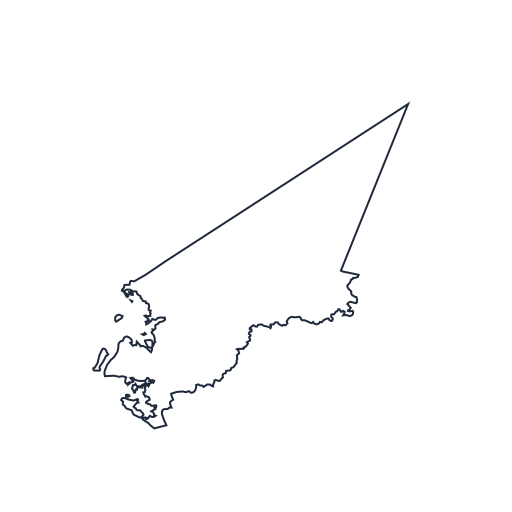 outline of Lunga Lunga, Coast, Kenya, rotated 112°
{"feature_id": "3690345B53478860661951", "entity_name": "Lunga Lunga", "entity_type": "district", "adm_level": 2, "iso_a3": "KEN", "parent_name": "Kenya", "parent_adm1": "Coast", "projection": "albers", "projection_center": [39.245, -4.434], "detail": "fine", "context": "isolated", "style": "outline", "palette": "slate", "viewbox_px": 512, "rotation_deg": 112, "n_neighbors": 0, "source": "geoboundaries", "source_scale": "gbopen_adm2", "svg_char_len": 6178}
<svg xmlns="http://www.w3.org/2000/svg" viewBox="0 0 512 512"><g transform="rotate(112 256 256)"><path d="M58.1,171.9L293.6,337.1L314.6,351.2L325.1,359.4L326.0,362.7L327.1,363.1L330.0,362.5L332.1,367.1L334.8,366.6L337.3,367.5L338.5,367.3L338.7,365.2L337.9,366.0L337.2,364.8L335.6,363.3L334.4,360.4L334.9,356.4L334.0,354.8L333.8,353.5L335.8,351.8L336.6,347.9L338.1,347.2L338.4,346.1L340.1,343.8L339.4,341.3L340.9,340.4L340.5,338.5L341.0,337.3L343.4,335.9L344.9,336.0L346.4,335.0L346.1,333.2L348.0,333.1L348.9,332.0L350.2,332.2L351.1,331.6L352.8,334.6L352.3,335.7L353.2,336.8L353.8,335.3L353.6,333.7L354.8,333.2L354.8,331.9L355.9,331.2L358.4,333.7L359.1,332.6L360.5,332.2L359.7,331.3L355.5,328.9L353.2,328.6L353.1,325.7L352.0,324.5L350.2,323.9L348.4,320.8L348.0,318.3L347.3,317.7L348.2,316.8L349.2,316.5L350.6,317.2L351.7,318.1L353.3,320.5L356.2,321.8L357.5,323.3L358.9,323.2L360.7,322.1L362.6,322.7L362.8,324.5L364.4,323.6L365.8,324.3L366.8,323.2L367.5,321.4L370.0,319.2L372.1,318.5L373.4,317.2L374.7,317.8L377.3,317.7L378.9,318.1L382.7,317.2L384.6,317.4L382.0,323.7L381.7,326.6L382.0,328.1L383.0,329.3L382.0,330.2L380.1,334.5L383.5,333.5L384.0,335.2L385.4,336.4L383.6,340.0L382.7,338.7L380.8,339.5L379.7,341.1L379.0,343.3L379.0,345.8L381.0,347.7L384.4,347.7L385.8,349.5L387.7,350.4L389.7,350.4L392.6,349.3L396.7,348.6L402.4,349.6L407.3,351.9L413.0,353.3L419.3,353.2L421.6,352.6L424.0,351.0L420.2,342.9L419.3,337.7L417.6,335.0L417.1,332.2L417.3,330.8L419.8,330.8L422.2,329.9L423.0,328.1L421.1,326.5L422.8,326.2L420.5,325.0L418.4,322.7L416.2,326.7L415.2,325.3L415.2,323.5L416.2,322.9L415.8,318.3L414.9,315.5L414.0,314.0L413.9,312.7L411.6,311.4L410.1,311.4L409.5,310.6L410.7,307.7L412.0,308.1L411.7,306.6L409.8,305.8L409.9,303.6L412.0,303.7L412.0,305.0L413.9,306.6L417.1,306.9L416.4,307.8L415.3,308.2L417.3,309.8L418.4,309.4L419.7,310.0L421.5,308.4L423.9,308.1L424.7,309.4L426.2,308.3L426.9,306.8L427.8,306.1L427.1,305.2L427.2,302.1L429.1,300.7L432.3,303.2L433.3,303.0L433.6,300.2L433.2,298.5L434.0,297.4L433.8,296.1L431.9,293.0L432.3,292.2L433.6,292.0L433.6,293.4L434.7,293.5L435.6,292.0L439.2,294.9L439.6,292.7L440.4,291.5L441.7,291.0L441.7,289.2L443.5,290.5L444.2,292.1L444.0,294.6L447.4,295.5L448.3,296.9L447.1,297.1L447.2,298.3L448.0,299.2L448.2,300.6L449.8,300.1L450.1,299.2L451.3,293.2L452.9,289.5L453.9,285.7L446.5,275.7L442.6,279.8L437.8,284.0L435.0,285.0L433.8,284.8L432.5,284.0L431.0,280.6L429.0,279.6L428.2,277.6L425.2,280.4L424.0,280.8L423.2,280.8L420.2,279.0L417.9,281.4L415.5,283.1L411.8,278.6L409.1,273.4L408.4,269.6L406.5,267.8L407.1,265.0L406.7,264.0L405.1,262.6L402.8,262.0L399.2,262.5L398.2,263.2L397.8,263.0L396.6,261.3L397.0,259.3L396.2,257.1L397.0,255.5L393.4,253.1L392.4,250.3L393.1,248.3L392.9,246.9L390.9,247.7L389.0,247.3L387.0,247.9L386.0,246.9L385.7,243.2L384.7,242.5L382.4,242.0L381.7,241.3L380.8,241.3L378.8,242.4L377.7,242.2L375.8,240.2L373.8,240.7L371.4,236.8L369.3,237.1L367.4,235.2L362.2,233.8L361.2,234.6L358.8,234.8L355.1,236.5L352.5,235.2L350.1,237.0L349.6,238.8L349.0,238.3L347.8,235.1L346.9,233.9L346.9,232.8L346.1,232.6L345.2,233.0L343.6,231.4L340.6,230.7L340.2,230.7L339.3,232.2L336.9,230.0L336.0,229.9L333.8,232.0L332.0,231.2L331.5,231.4L330.8,233.5L330.2,233.6L328.5,233.4L327.6,231.9L326.1,232.5L325.7,233.0L326.1,234.4L325.4,234.8L321.5,232.9L321.1,232.0L321.6,230.6L321.2,228.9L321.0,228.5L319.1,228.3L317.3,225.3L317.8,222.6L317.0,217.6L317.5,215.5L315.7,215.6L314.5,217.0L314.0,216.8L312.8,214.1L310.6,213.5L309.9,212.4L309.5,210.9L310.7,208.9L310.9,205.5L310.0,205.1L309.4,204.3L309.3,202.8L306.6,201.6L305.0,203.1L301.5,202.3L299.6,200.8L298.9,199.7L298.3,196.9L296.1,193.0L296.6,191.3L297.5,190.9L298.3,189.2L297.3,186.5L297.5,179.5L296.9,178.7L295.8,178.3L296.8,176.7L296.8,174.3L294.8,172.3L293.2,172.0L292.8,170.2L289.9,169.1L287.2,166.4L286.7,165.1L288.0,163.8L288.1,162.0L287.7,161.3L285.8,161.1L285.1,161.6L284.1,163.6L282.4,164.2L281.9,164.1L280.6,161.7L277.6,161.0L276.7,160.0L274.5,159.7L274.2,159.2L274.4,158.2L275.9,156.5L275.2,155.1L274.4,155.1L274.4,153.1L275.8,152.6L278.4,153.0L277.1,150.8L276.5,146.3L274.6,144.6L272.8,144.5L271.4,145.0L270.7,146.0L272.3,148.3L272.5,150.1L271.6,150.2L270.8,149.3L268.5,148.8L266.3,153.3L264.5,152.7L263.2,151.5L262.3,145.7L261.1,145.1L260.3,145.6L259.4,145.6L258.2,146.1L256.5,147.6L256.9,149.1L256.3,150.6L256.5,151.9L255.1,153.7L253.2,154.4L251.7,158.0L250.3,159.8L249.2,160.3L245.6,158.9L242.1,159.0L242.0,158.5L240.7,157.6L239.9,157.7L239.1,155.8L237.2,153.7L235.0,153.8L237.8,169.2L237.8,171.8L58.1,171.9ZM445.6,313.5L447.4,311.9L448.9,309.9L449.3,302.8L448.5,302.0L445.4,300.8L444.3,301.8L442.5,305.8L443.5,308.1L443.3,309.2L442.2,310.5L442.2,312.0L441.6,313.0L437.1,311.7L435.9,310.1L434.6,312.2L433.6,311.4L433.0,312.3L435.9,315.3L436.9,321.0L436.8,324.3L437.7,326.5L438.8,327.1L440.1,327.0L440.9,324.7L443.6,323.9L444.2,321.6L445.5,319.9L445.9,318.6L445.6,313.5ZM404.6,357.6L403.8,356.6L402.5,356.2L401.4,358.0L399.3,360.0L398.8,361.6L399.1,363.1L400.4,363.6L406.6,364.0L414.7,362.8L419.9,363.7L420.9,364.8L422.0,364.5L422.8,363.3L420.9,358.1L419.5,358.0L418.3,359.2L416.8,359.4L410.9,358.1L404.6,357.6ZM376.9,326.8L380.8,322.1L380.5,318.9L378.9,318.1L374.7,319.7L373.7,320.7L373.4,322.6L376.0,327.3L376.9,326.8ZM365.2,363.6L368.4,362.5L369.3,361.0L363.8,357.2L361.7,357.2L361.8,361.2L363.3,362.8L365.2,363.6ZM424.4,316.3L421.0,317.3L420.7,318.8L419.8,319.8L421.0,320.1L421.2,321.0L421.8,321.6L425.4,321.4L426.2,319.6L428.3,318.0L427.9,317.0L424.7,317.4L424.4,316.3ZM337.0,360.1L338.1,359.3L338.5,358.1L338.7,356.8L338.1,355.6L336.4,356.9L336.5,358.8L337.0,360.1ZM434.8,323.9L434.6,321.9L433.2,320.9L432.5,322.0L432.8,323.4L433.6,324.5L434.8,323.9ZM419.7,313.5L418.1,311.3L416.4,311.4L418.1,313.3L419.7,313.5ZM371.4,330.4L369.6,328.9L369.0,330.4L370.3,330.8L371.2,332.1L371.4,330.4ZM421.8,315.5L421.0,314.0L420.8,312.6L419.7,313.5L420.6,315.6L421.8,315.5ZM342.1,359.9L341.1,359.4L339.8,359.6L339.4,362.2L340.9,360.3L341.9,360.4L342.1,359.9ZM338.7,365.1L340.6,362.7L339.1,363.3L338.6,364.2L338.7,365.1ZM416.4,311.3L415.9,310.3L415.1,309.6L414.7,310.8L416.4,311.3ZM345.0,353.9L344.2,353.8L344.2,355.2L345.0,353.9Z" fill="none" stroke="#1e293b" stroke-width="2"/></g></svg>